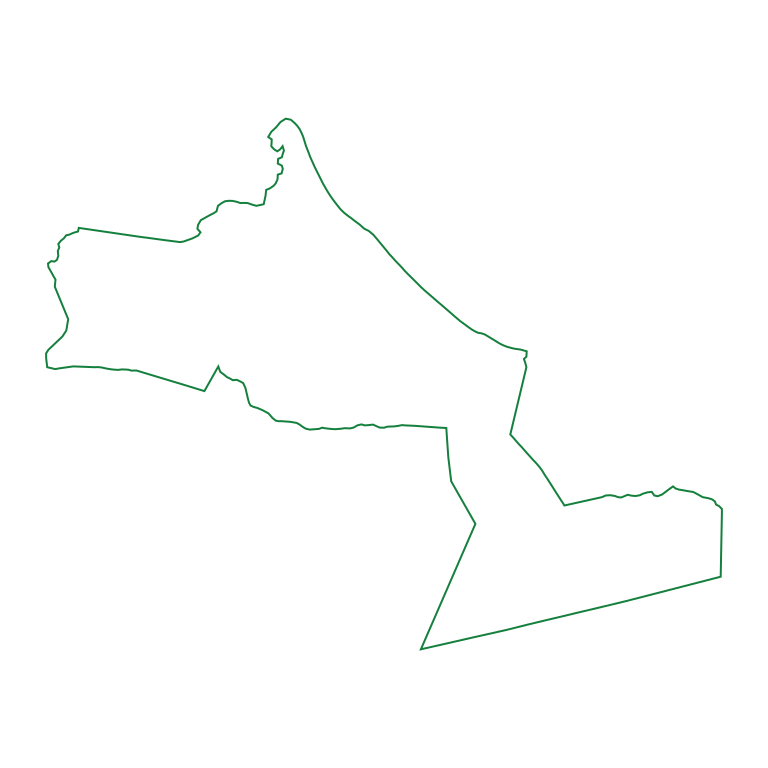 Aracati, Ceará, Brazil
{"feature_id": "56859067B80165921841857", "entity_name": "Aracati", "entity_type": "district", "adm_level": 2, "iso_a3": "BRA", "parent_name": "Brazil", "parent_adm1": "Ceará", "projection": "albers", "projection_center": [-37.699, -4.677], "detail": "fine", "context": "isolated", "style": "outline", "palette": "green", "viewbox_px": 768, "rotation_deg": 0, "n_neighbors": 0, "source": "geoboundaries", "source_scale": "gbopen_adm2", "svg_char_len": 3563}
<svg xmlns="http://www.w3.org/2000/svg" viewBox="0 0 768 768"><path d="M526.7,351.3L520.7,349.6L513.9,348.6L507.3,346.9L503.0,345.2L499.3,343.3L492.5,339.1L484.9,334.5L481.4,333.3L478.1,332.8L474.5,331.1L471.5,329.3L468.4,327.1L460.2,321.1L455.5,317.1L449.4,311.8L447.1,309.8L436.7,300.9L430.5,295.5L425.5,291.2L421.6,287.7L416.1,282.2L412.3,278.4L407.8,274.0L404.8,270.9L402.5,268.2L398.9,264.4L395.3,260.7L392.4,257.4L389.1,253.9L386.4,250.4L383.9,247.4L379.9,242.6L376.8,238.8L373.2,234.6L368.7,230.9L364.4,228.8L359.7,224.6L356.6,222.3L353.9,220.3L351.4,218.3L348.6,216.3L344.0,212.7L340.1,208.8L335.7,203.2L332.3,198.7L329.9,195.2L327.5,191.4L323.3,184.2L319.4,176.4L314.8,167.2L310.3,157.2L308.3,151.9L306.0,146.0L303.0,136.3L301.4,132.7L299.7,129.2L297.2,125.8L294.6,123.0L290.8,119.7L285.7,118.7L280.5,122.0L276.0,127.4L271.3,131.8L268.2,137.0L271.7,139.4L271.6,142.6L271.3,146.3L274.2,149.4L277.3,151.3L280.1,149.4L282.6,146.2L283.9,150.6L282.8,153.7L281.9,157.2L278.1,158.9L277.8,163.6L281.8,165.6L282.8,168.8L281.6,173.4L277.8,174.6L277.5,179.4L275.7,183.4L273.5,185.9L269.8,188.4L266.2,189.9L265.5,195.9L263.7,204.2L259.8,205.1L256.4,205.8L252.6,204.8L247.8,203.1L244.6,202.9L240.2,203.0L236.7,201.8L232.5,200.9L228.7,200.8L224.9,201.3L221.4,203.3L218.0,205.8L216.5,211.4L213.5,213.3L210.5,214.8L206.5,217.0L200.8,220.2L198.1,224.8L197.4,228.8L200.5,232.3L198.2,235.5L192.4,238.4L183.7,241.5L180.1,242.1L164.4,240.1L146.1,237.6L141.8,237.1L78.8,227.9L78.0,231.5L73.4,232.8L69.4,234.6L66.2,235.3L63.9,238.3L60.8,240.8L58.3,244.0L59.3,247.5L57.8,251.0L58.3,255.8L57.0,259.8L54.5,261.6L51.3,261.1L48.0,263.5L48.4,267.1L51.3,272.2L53.6,276.4L55.5,279.6L54.8,286.7L68.2,319.2L66.3,330.5L62.4,336.5L48.3,349.9L46.1,353.4L46.2,358.6L47.2,367.2L55.3,369.1L58.9,368.4L73.3,366.4L94.1,367.2L98.3,367.1L101.8,367.5L106.7,368.6L111.7,369.4L117.7,369.9L122.3,369.4L128.3,369.7L131.3,370.6L136.4,370.5L182.5,384.4L204.4,391.1L218.3,366.5L220.3,371.9L223.6,374.3L227.1,377.2L229.9,378.5L232.9,380.2L236.7,379.8L240.4,381.5L243.2,383.1L245.5,388.2L247.8,398.2L249.0,402.6L250.5,405.5L253.5,406.9L257.4,408.0L262.4,410.1L268.5,413.4L272.4,417.9L275.7,420.6L278.6,421.2L281.8,421.2L290.1,421.8L296.6,422.9L299.5,424.5L302.5,426.7L305.8,428.7L309.8,429.6L315.0,429.2L319.0,428.9L322.1,427.7L326.1,428.4L330.8,428.9L335.2,429.2L340.3,428.8L344.7,428.2L350.3,428.4L353.8,427.5L357.3,425.4L361.4,424.4L364.9,425.4L368.6,425.1L373.0,424.6L376.3,426.1L379.7,427.6L384.1,427.7L387.1,426.7L390.9,426.5L394.4,426.4L398.7,425.8L402.0,425.1L405.3,425.4L409.8,425.6L415.9,425.9L439.1,427.6L446.3,428.0L448.3,457.2L451.2,481.3L475.4,523.9L471.9,531.9L420.9,649.3L472.7,637.5L507.4,629.7L527.3,624.7L546.0,620.2L552.8,618.6L580.8,611.9L604.5,606.3L626.0,601.1L720.7,576.7L721.9,513.2L721.9,509.0L719.3,506.3L716.0,504.5L714.9,501.4L711.7,499.2L708.0,498.1L702.8,497.2L698.2,494.6L693.3,492.0L690.2,491.5L686.5,490.9L682.7,490.2L679.0,489.6L675.6,488.5L673.0,486.4L670.2,488.4L666.5,491.2L662.1,494.5L657.7,496.2L654.3,495.5L651.8,491.9L647.7,492.3L642.9,493.7L639.7,495.3L635.5,496.0L631.8,495.7L627.6,494.8L624.1,496.3L621.0,497.5L617.8,497.1L615.0,496.0L610.2,495.2L605.7,495.5L602.1,497.1L564.4,505.5L562.8,502.9L560.3,499.1L558.0,495.5L556.1,492.6L554.1,489.4L551.2,484.8L548.8,481.1L546.6,477.6L544.7,474.9L542.4,471.0L539.9,467.5L537.8,465.0L535.6,462.5L532.8,459.6L530.4,456.9L527.5,453.7L525.0,450.9L521.8,447.2L519.2,444.5L516.2,441.1L513.2,437.6L510.3,434.5L526.4,367.2L525.3,362.9L523.9,359.0L526.4,356.7L526.7,351.3Z" fill="none" stroke="#15803d" stroke-width="2"/></svg>